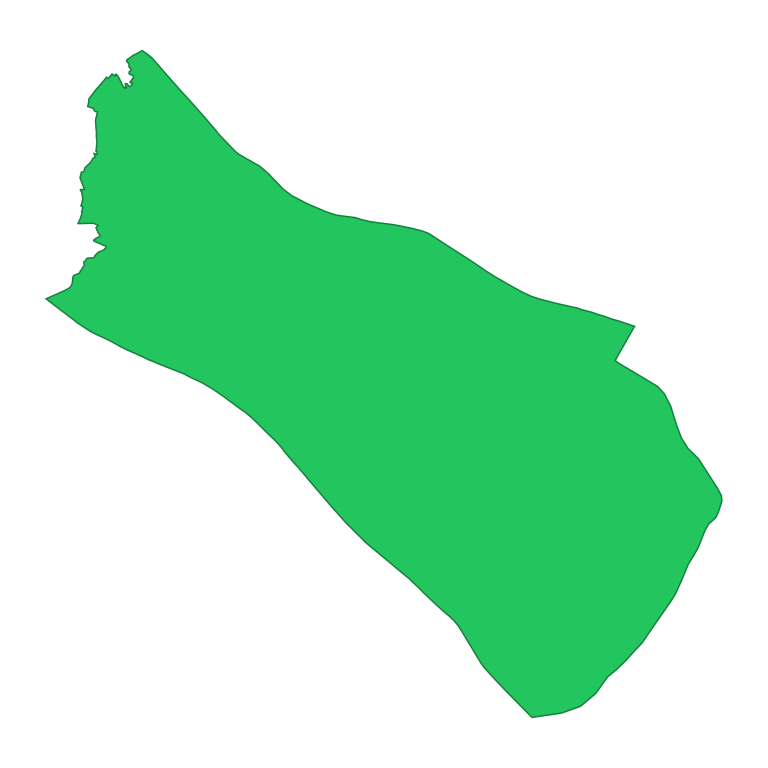 the district of Thanh Phu, Bến Tre, Vietnam
{"feature_id": "81297802B66468397901634", "entity_name": "Thanh Phu", "entity_type": "district", "adm_level": 2, "iso_a3": "VNM", "parent_name": "Vietnam", "parent_adm1": "Bến Tre", "projection": "mercator", "projection_center": [106.488, 9.931], "detail": "fine", "context": "isolated", "style": "filled", "palette": "green", "viewbox_px": 768, "rotation_deg": 0, "n_neighbors": 0, "source": "geoboundaries", "source_scale": "gbopen_adm2", "svg_char_len": 5856}
<svg xmlns="http://www.w3.org/2000/svg" viewBox="0 0 768 768"><path d="M246.1,158.5L238.9,154.3L235.3,151.4L226.8,142.6L218.8,134.3L216.8,131.6L205.0,117.7L188.9,99.6L182.2,92.3L171.5,80.3L162.8,70.4L158.0,64.7L155.1,61.5L151.9,57.9L147.1,54.0L142.2,50.6L139.5,52.2L132.9,55.5L128.6,58.7L127.5,59.3L126.9,59.9L126.6,60.5L126.6,61.0L126.8,61.5L127.4,62.2L128.4,63.0L128.8,63.5L129.0,64.0L128.9,65.0L128.9,66.2L129.1,66.7L129.3,67.4L130.9,69.1L131.1,69.4L131.1,69.8L130.8,70.3L130.4,70.9L129.7,71.4L129.1,71.9L129.1,72.3L129.0,72.9L129.1,73.5L129.5,74.2L130.1,74.5L131.6,74.9L132.3,75.2L133.0,75.8L133.3,76.3L133.5,76.8L133.6,77.4L133.4,77.7L132.9,78.3L132.5,78.7L132.1,79.4L131.2,80.7L130.2,81.6L130.0,82.1L130.1,82.5L130.5,82.8L132.3,83.0L132.6,83.4L132.5,83.7L131.7,84.9L130.5,86.1L129.8,86.5L129.4,86.5L128.8,86.2L128.3,85.6L127.9,84.7L127.3,83.9L126.6,83.7L125.7,83.6L125.3,83.8L125.2,84.0L125.3,84.3L125.5,84.8L125.6,85.6L125.5,85.9L125.5,86.3L125.6,86.8L126.1,87.0L126.5,87.3L126.5,87.5L126.3,87.9L125.9,88.2L125.6,88.3L124.3,87.6L123.8,87.3L123.5,87.1L123.2,86.7L120.4,80.7L117.7,75.6L117.2,75.3L116.0,74.2L115.4,74.6L115.8,75.3L115.0,76.1L112.1,74.0L108.2,78.4L106.4,77.2L105.4,78.7L102.4,82.3L95.9,89.7L89.0,98.8L88.7,100.4L88.7,102.1L87.7,106.5L93.1,108.3L93.4,108.7L93.7,109.1L94.0,110.3L94.5,110.9L95.3,111.4L95.9,111.7L96.6,111.8L97.5,111.9L96.9,114.5L96.7,115.7L96.1,117.7L95.7,119.2L95.5,121.1L95.7,123.0L96.0,128.1L96.4,131.3L96.4,132.7L96.4,136.8L96.6,139.3L96.9,141.0L96.9,142.9L96.6,145.3L96.0,151.4L97.1,151.8L97.1,154.5L94.1,153.5L95.0,157.3L93.9,157.9L92.8,158.5L92.5,158.9L92.1,159.7L91.6,160.9L90.2,162.6L88.9,164.1L88.2,164.6L86.4,166.4L85.3,167.4L84.9,167.8L84.0,170.9L83.4,171.8L83.1,172.0L81.4,172.1L80.7,175.0L80.0,177.8L84.5,189.4L80.4,189.6L80.6,190.8L81.7,191.6L81.6,192.2L82.3,195.1L82.5,196.6L82.7,198.2L82.7,199.3L82.1,201.9L81.0,206.0L82.9,206.8L82.6,208.1L81.6,211.8L82.2,212.0L81.5,214.9L80.5,218.0L79.8,219.7L78.0,223.5L80.7,223.6L89.8,223.3L93.9,223.4L98.0,225.3L97.2,226.3L96.1,227.5L96.0,227.9L96.8,229.8L97.3,230.7L98.0,232.6L98.3,233.0L98.5,233.1L100.1,235.8L100.0,236.3L99.4,236.8L98.2,237.3L95.9,238.3L94.9,239.2L94.1,239.8L93.7,240.2L93.7,240.7L93.9,241.0L96.1,242.1L99.2,243.4L101.2,244.1L102.3,244.8L103.5,245.4L104.4,245.5L104.7,245.5L105.3,245.7L105.9,246.1L106.0,246.4L106.0,247.3L105.9,247.6L105.1,248.2L104.7,248.6L104.4,249.3L104.0,249.5L103.7,249.9L103.0,250.3L102.1,250.6L101.4,250.9L100.9,251.1L100.1,251.5L99.5,251.7L98.8,251.9L98.3,252.3L97.3,253.2L95.4,255.1L94.9,255.6L94.7,256.1L94.6,256.6L94.3,257.3L94.1,257.4L93.8,257.7L93.4,257.8L93.0,257.8L92.3,258.1L90.4,257.9L87.8,258.1L87.3,258.4L86.4,258.9L86.1,259.5L85.9,260.0L85.6,260.5L85.3,260.9L84.8,261.3L84.0,261.7L83.8,262.3L83.9,263.6L84.2,265.2L83.9,266.1L83.4,266.8L82.7,267.3L82.1,268.5L81.6,269.7L80.8,270.3L80.5,270.8L80.3,271.4L79.7,272.4L79.4,272.9L79.2,273.2L77.7,273.8L76.3,274.4L75.1,274.8L74.2,275.3L73.8,275.5L73.4,276.0L72.9,277.0L72.7,278.9L72.6,280.7L72.3,282.8L71.8,284.5L70.7,286.4L70.0,287.4L68.2,288.6L64.3,290.7L60.7,292.3L46.1,298.8L54.2,305.1L61.2,310.5L66.9,314.7L68.4,315.9L74.1,320.2L76.4,322.1L84.0,327.3L90.9,331.7L98.2,335.3L105.7,338.7L107.8,339.7L115.3,343.7L121.2,347.0L127.1,349.9L133.4,352.7L141.8,356.4L147.8,359.4L154.8,362.2L161.1,364.9L184.0,373.9L191.0,377.6L202.4,382.9L214.1,389.9L215.8,391.1L218.9,393.3L221.9,395.3L224.5,397.2L230.1,401.4L230.9,402.0L233.2,403.6L235.4,405.3L238.3,407.4L241.7,409.9L245.1,412.1L247.8,414.5L251.0,417.1L253.2,419.1L256.3,422.1L265.8,431.6L269.8,435.4L273.4,438.9L277.3,442.8L280.9,446.9L282.1,448.4L285.3,452.8L287.2,454.8L288.1,456.0L289.1,457.2L290.4,458.6L291.5,460.0L292.4,461.1L293.4,462.3L294.4,463.4L296.0,465.1L298.6,467.8L299.9,469.5L300.8,470.5L302.7,472.7L303.9,474.1L304.9,475.3L306.3,476.9L307.1,478.1L308.5,479.7L309.4,480.7L331.1,506.2L346.9,523.8L366.6,543.3L372.8,548.5L374.2,549.6L376.6,551.6L380.7,555.1L383.4,557.2L384.4,558.1L386.1,559.5L387.3,560.5L389.0,561.9L390.1,562.9L391.8,564.2L392.9,565.2L394.3,566.4L395.5,567.4L397.0,568.6L400.6,571.6L401.6,572.5L402.7,573.5L403.7,574.2L405.2,575.4L406.2,576.3L408.8,578.3L412.1,581.6L414.4,583.7L415.6,584.9L417.0,586.1L421.6,590.7L422.7,591.9L423.6,592.8L426.0,595.0L427.2,596.1L429.7,598.6L431.0,599.7L432.1,600.9L433.3,602.0L436.0,604.5L437.3,605.7L439.7,607.8L440.9,609.1L449.6,616.4L453.0,619.7L454.0,620.6L455.6,622.6L457.6,624.9L459.3,627.4L462.3,632.2L467.1,640.2L477.1,656.8L478.9,659.6L481.4,663.8L483.0,665.9L484.4,667.9L486.3,669.9L489.5,673.5L493.2,677.5L504.5,689.5L532.0,717.4L561.8,713.0L580.6,706.2L595.7,693.5L607.6,676.9L616.0,670.0L626.2,660.2L632.6,653.0L642.2,642.8L651.2,629.6L670.9,601.2L675.4,594.0L680.8,582.2L688.5,563.8L693.9,555.3L698.4,547.2L705.3,529.7L708.8,523.9L712.5,520.6L716.1,517.2L718.8,510.9L721.9,501.1L721.4,495.6L717.3,488.0L698.6,458.9L688.0,448.5L681.5,438.1L677.0,426.5L671.2,407.9L670.7,406.1L664.2,393.6L657.5,386.4L642.4,377.3L620.3,364.2L615.1,360.6L634.6,326.3L632.6,325.7L628.4,324.2L624.3,322.9L620.1,321.4L616.3,320.3L614.5,319.8L611.9,319.1L610.0,318.4L607.7,317.6L606.1,317.0L604.7,316.4L603.0,315.9L599.4,314.9L597.6,314.3L595.7,313.7L594.3,313.1L593.0,312.7L591.1,312.1L589.4,311.7L587.4,311.1L585.8,310.7L583.6,310.2L581.9,309.7L580.5,309.2L578.7,308.6L575.6,307.6L571.8,306.9L567.9,305.9L566.1,305.6L559.8,304.2L550.3,301.9L539.0,298.9L531.2,296.3L522.0,292.0L509.9,285.3L502.1,280.8L496.1,277.4L486.0,271.0L470.7,260.6L455.7,251.0L436.4,238.5L429.2,233.7L425.7,232.3L421.9,230.9L418.2,230.0L412.7,228.5L402.9,226.5L394.2,224.8L387.3,223.9L379.6,223.0L370.0,221.6L362.2,219.8L355.3,217.6L351.0,217.1L344.1,216.2L335.7,215.0L325.3,211.5L307.2,203.7L291.6,195.6L282.6,188.6L275.2,180.7L274.1,179.7L268.7,173.9L265.1,170.8L261.7,167.8L259.2,165.9L255.6,163.9L252.1,161.8L246.1,158.5Z" fill="#22c55e" stroke="#15803d" stroke-width="1.5"/></svg>